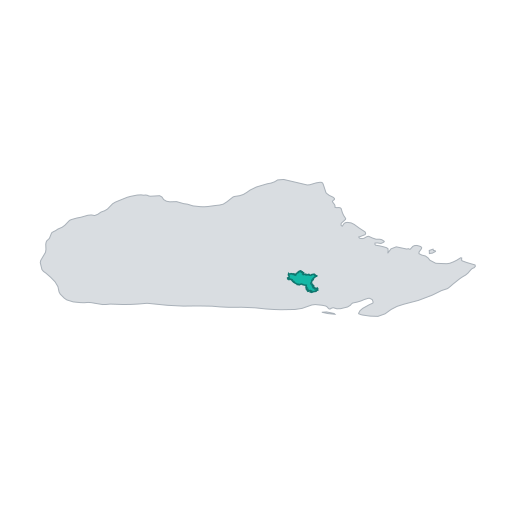 Amparafaravola, Alaotra-Mangoro, Madagascar shown in context, rotated 78°
{"feature_id": "10022922B80147144228565", "entity_name": "Amparafaravola", "entity_type": "district", "adm_level": 2, "iso_a3": "MDG", "parent_name": "Madagascar", "parent_adm1": "Alaotra-Mangoro", "projection": "equal_earth", "projection_center": [48.36, -17.461], "detail": "fine", "context": "in_parent", "style": "filled", "palette": "teal", "viewbox_px": 512, "rotation_deg": 78, "n_neighbors": 0, "source": "geoboundaries", "source_scale": "gbopen_adm2", "svg_char_len": 7844}
<svg xmlns="http://www.w3.org/2000/svg" viewBox="0 0 512 512"><g transform="rotate(78 256 256)"><path d="M318.2,54.9L319.3,58.3L320.6,61.5L324.5,69.3L326.2,72.3L327.7,75.4L328.4,81.8L330.9,91.6L333.2,106.4L333.9,121.5L334.6,128.5L336.4,135.0L339.4,141.8L340.4,149.3L338.5,157.0L335.8,164.3L335.1,165.7L333.8,167.6L333.3,167.5L331.1,165.6L329.4,162.5L327.2,155.3L326.4,151.6L325.5,151.0L322.9,151.3L321.0,153.6L320.7,155.1L321.1,159.2L321.8,162.8L322.1,166.6L322.1,171.3L322.8,172.7L323.8,173.9L324.9,177.0L325.1,184.3L324.4,188.0L322.6,191.2L322.7,192.9L323.3,194.7L322.7,195.8L320.3,197.2L319.3,198.4L317.9,201.6L315.8,208.2L315.5,211.6L316.8,221.8L316.4,229.0L313.7,242.9L312.1,249.4L309.9,257.2L306.5,267.6L303.2,280.5L300.4,293.8L298.3,301.8L295.9,309.6L292.7,323.5L289.9,337.5L285.8,352.9L280.3,370.1L279.6,372.4L278.5,381.1L277.3,388.7L275.8,396.2L272.7,408.6L272.3,412.4L271.6,416.1L268.6,423.8L267.4,426.7L266.5,429.8L266.0,433.7L265.1,437.4L262.9,444.3L259.6,450.2L257.4,452.3L252.6,455.4L250.2,456.1L244.8,456.1L239.5,457.9L234.1,461.3L228.9,465.2L226.9,467.1L224.7,468.2L217.7,468.4L215.6,467.5L208.6,461.1L205.9,460.1L200.8,459.2L199.3,458.6L197.9,457.8L195.8,454.4L191.6,451.6L190.6,450.7L190.0,448.7L189.5,446.6L188.5,444.3L187.6,439.7L186.2,436.6L182.4,431.0L182.0,429.2L181.6,423.3L181.7,419.3L181.2,412.0L181.6,408.5L182.9,405.4L182.3,402.0L180.8,398.5L180.3,394.8L179.2,391.5L175.1,385.4L174.1,382.5L173.5,379.4L171.8,369.8L171.6,366.5L171.7,359.4L172.3,355.7L173.2,353.2L173.4,351.3L174.0,349.7L175.0,348.4L175.6,346.8L177.0,337.7L178.8,335.7L181.6,334.6L183.8,332.2L185.1,329.0L186.3,322.4L189.8,315.8L191.0,312.4L193.9,307.2L196.3,299.8L197.1,296.4L197.6,292.8L198.2,285.0L198.6,281.1L198.5,277.3L197.0,273.3L193.5,266.2L193.3,264.8L193.6,259.5L193.2,255.6L191.9,251.8L190.3,248.1L188.6,241.3L187.7,230.1L187.8,226.1L187.3,222.4L186.1,219.0L186.9,213.0L197.2,191.1L197.5,188.6L197.0,181.9L197.2,178.0L197.6,176.6L198.4,175.7L200.1,175.3L208.6,174.4L209.7,173.7L211.8,171.9L214.6,168.3L216.0,167.3L217.1,167.6L217.8,169.2L218.8,170.0L222.2,168.4L223.5,168.3L224.8,168.6L225.5,167.1L225.8,165.1L226.3,163.7L227.2,162.9L231.6,162.5L234.4,161.9L238.0,160.5L238.8,160.8L241.7,165.8L242.6,166.2L243.8,166.4L244.8,165.5L242.4,162.9L242.0,161.4L242.1,159.7L243.4,156.1L245.5,153.4L250.2,149.2L255.1,144.3L256.6,144.0L257.8,144.8L258.7,150.5L258.6,151.4L259.4,151.5L260.3,150.8L261.1,148.5L261.1,146.6L260.5,144.8L260.1,143.2L260.1,141.8L262.6,138.4L264.5,135.2L265.4,131.3L266.2,129.6L268.3,127.5L268.9,127.9L269.4,129.5L269.7,131.2L269.1,132.9L268.4,134.6L268.1,136.9L269.2,137.3L270.3,136.8L271.9,132.7L273.8,128.8L274.9,126.8L276.2,125.4L278.5,125.7L280.7,126.6L277.1,122.5L276.2,116.9L280.5,107.2L280.6,105.2L281.2,104.6L281.5,103.8L279.2,100.6L278.8,98.9L279.1,96.5L280.2,94.3L281.1,92.8L282.5,92.2L283.6,93.0L286.0,95.7L287.6,96.1L289.6,93.6L291.2,90.3L293.6,88.1L296.3,86.8L300.5,81.7L303.2,71.1L303.4,68.0L302.8,64.2L301.9,60.6L300.3,56.2L300.7,55.2L303.0,55.8L303.7,55.2L306.2,51.2L310.3,43.6L311.7,43.6L312.8,45.0L313.2,47.1L314.1,48.7L316.8,52.2L318.2,54.9ZM289.7,84.8L289.7,85.9L286.6,85.4L286.1,81.4L287.6,81.3L288.0,79.7L288.9,79.5L289.9,83.0L289.7,84.8ZM327.3,197.5L324.7,203.3L325.4,198.5L328.5,191.5L329.4,190.9L327.3,197.5Z" fill="#d9dde1" stroke="#a8b0b8" stroke-width="1"/><path d="M300.2,202.8L300.4,203.2L300.4,203.5L300.2,203.7L300.3,203.9L300.3,204.0L300.4,204.4L300.4,204.8L300.5,205.0L300.4,205.3L300.1,205.2L299.9,205.3L299.6,205.2L299.3,205.1L299.2,205.4L299.1,205.6L299.0,205.8L298.9,205.9L298.9,206.1L299.1,206.5L298.9,206.5L298.8,206.4L298.6,206.3L298.7,206.5L298.5,206.8L298.4,206.8L298.3,206.7L298.2,206.5L298.2,206.3L298.1,206.1L297.8,206.1L297.4,206.2L297.4,206.3L297.3,206.5L297.2,206.5L297.2,206.9L297.2,207.0L296.8,207.0L296.6,207.1L296.5,206.8L296.3,206.6L296.3,206.4L296.0,206.6L295.3,206.7L295.3,206.8L295.1,207.3L294.9,207.9L294.6,208.0L294.4,207.9L294.1,207.9L293.9,207.9L293.4,207.3L292.9,206.8L292.7,206.8L292.1,206.8L292.0,206.7L291.7,206.4L291.3,206.4L291.3,206.2L291.4,205.6L291.2,205.5L291.2,205.4L291.0,205.1L290.9,204.9L290.6,205.0L290.4,204.9L290.1,204.9L289.9,204.9L289.7,204.3L289.4,203.7L289.2,203.6L289.1,203.3L289.1,203.2L288.9,202.9L288.9,202.7L288.7,202.4L288.5,202.2L288.3,202.2L288.2,202.0L288.2,201.9L288.4,201.4L288.4,201.0L288.4,200.9L288.2,200.7L288.1,200.8L287.9,200.8L287.7,201.4L287.6,201.6L287.4,201.7L287.3,201.8L287.2,201.9L287.2,202.0L287.1,202.4L286.9,202.4L286.7,202.3L286.6,202.5L286.5,202.4L286.0,202.6L285.9,202.9L285.8,203.5L285.8,204.5L285.8,205.4L286.1,205.7L286.2,206.0L286.3,206.4L286.0,206.8L286.0,207.0L285.9,207.5L285.7,207.6L285.7,207.9L285.4,207.9L285.2,207.9L285.2,208.1L285.1,208.3L285.1,208.7L284.9,208.8L285.0,209.0L285.1,209.5L285.1,209.8L285.1,210.0L285.1,210.3L285.1,210.5L284.9,210.9L284.9,211.1L284.7,211.3L284.6,211.2L284.5,211.3L284.4,211.3L284.2,211.1L284.1,211.3L283.9,212.1L284.0,212.2L284.0,212.5L284.1,213.4L284.0,213.7L283.6,213.8L283.4,214.0L283.3,213.8L283.3,213.4L283.2,213.4L283.1,213.6L282.9,213.5L282.7,213.5L282.7,213.4L282.5,213.2L282.4,213.1L282.2,213.0L282.0,213.6L281.8,213.7L281.8,214.0L281.5,214.5L281.5,214.8L281.4,214.8L281.3,214.7L281.3,214.8L281.2,214.9L281.2,214.7L280.9,214.5L280.7,215.1L280.4,215.2L280.2,215.5L279.9,215.2L279.8,215.3L279.8,215.5L279.7,215.9L279.9,216.2L280.0,217.2L280.1,217.4L280.3,217.5L280.4,218.0L280.5,218.0L280.7,218.3L280.8,218.3L281.0,218.1L281.1,218.4L281.0,218.8L281.1,219.1L281.3,219.6L281.6,220.0L281.9,220.2L281.9,220.4L281.8,220.5L282.0,220.7L282.1,220.8L282.2,221.0L282.5,221.0L282.9,221.2L282.8,221.3L282.7,221.8L282.6,222.1L282.4,222.0L282.1,222.2L281.9,222.1L281.8,222.3L281.4,222.5L281.4,222.8L281.3,223.2L281.6,223.3L281.7,223.5L281.3,223.7L281.1,223.7L281.1,224.4L280.8,224.7L280.7,225.2L280.5,225.4L280.6,225.8L280.7,226.1L280.7,226.3L280.5,226.8L280.5,227.2L280.4,227.7L280.2,227.8L280.5,227.9L280.8,228.0L281.2,228.3L281.6,228.2L282.2,227.9L282.3,227.8L283.0,227.8L283.2,228.0L283.3,228.0L283.5,228.1L283.8,228.3L283.9,228.7L283.9,229.0L284.0,229.3L284.0,229.6L284.4,229.6L284.5,229.7L284.8,229.6L284.8,229.4L285.1,229.6L285.3,229.3L285.4,229.2L285.5,229.0L285.5,228.5L285.4,228.3L285.5,228.3L285.4,228.2L285.5,228.1L285.5,227.9L285.6,227.6L285.7,227.4L285.8,227.1L286.1,227.1L286.2,226.9L286.2,226.6L286.2,226.4L286.5,226.2L286.6,225.9L286.8,226.1L287.0,225.9L287.1,226.0L287.3,225.9L287.6,225.8L287.8,225.6L288.1,225.5L288.2,225.3L288.3,225.3L288.6,225.2L288.6,224.6L288.9,224.6L288.8,224.4L289.2,224.1L289.3,224.1L289.6,224.0L289.9,224.1L290.0,224.0L290.4,223.6L290.5,223.5L291.2,222.6L291.8,222.0L292.0,221.7L292.5,221.6L292.6,221.1L292.6,220.9L292.4,220.8L292.4,220.7L292.5,220.3L292.6,220.1L293.0,220.0L293.2,219.9L293.2,219.6L293.1,219.2L292.9,218.6L292.9,217.5L292.9,217.2L293.2,216.8L293.7,216.3L293.7,216.0L293.8,215.7L294.2,215.3L294.4,215.1L294.5,214.7L294.6,214.3L295.1,212.9L295.6,213.2L295.9,213.1L296.1,213.2L296.2,213.3L296.3,213.4L296.6,213.4L296.8,213.2L297.2,213.0L297.4,213.2L297.6,213.1L297.8,212.9L297.8,213.0L297.9,212.9L298.0,213.0L298.1,213.3L298.2,213.2L298.3,213.3L298.7,213.5L298.9,213.5L298.8,213.3L299.0,213.2L299.2,213.3L299.3,213.4L299.7,212.8L299.8,212.8L299.9,212.7L299.9,212.4L300.1,212.5L300.1,212.4L300.3,212.3L300.3,212.5L300.3,212.8L300.5,212.9L300.7,212.6L301.3,212.6L301.3,212.3L301.4,212.0L301.3,211.7L301.2,211.4L301.0,210.9L301.0,210.4L301.0,210.0L301.2,209.9L301.8,208.9L302.6,209.3L302.5,209.6L302.3,210.0L302.3,210.3L302.5,210.4L302.7,209.9L302.9,209.5L303.1,209.3L303.1,209.1L303.1,208.8L302.9,207.8L302.8,206.6L302.8,206.4L303.0,205.8L302.9,205.7L302.9,205.2L303.0,204.8L302.9,204.5L302.7,204.5L302.7,204.3L302.2,204.2L302.2,203.8L302.2,202.7L301.9,202.7L301.5,202.7L301.3,202.7L301.1,202.9L301.1,202.6L300.9,202.4L300.6,202.5L300.4,202.8L300.2,202.8Z" fill="#14b8a6" stroke="#0f766e" stroke-width="1.5"/></g></svg>